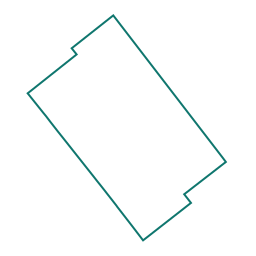 Worth, Missouri, United States of America (Albers equal-area conic projection), rotated 232°
{"feature_id": "52423323B70407326192620", "entity_name": "Worth", "entity_type": "district", "adm_level": 2, "iso_a3": "USA", "parent_name": "United States of America", "parent_adm1": "Missouri", "projection": "albers", "projection_center": [-94.445, 40.478], "detail": "fine", "context": "isolated", "style": "outline", "palette": "teal", "viewbox_px": 256, "rotation_deg": 232, "n_neighbors": 0, "source": "geoboundaries", "source_scale": "gbopen_adm2", "svg_char_len": 457}
<svg xmlns="http://www.w3.org/2000/svg" viewBox="0 0 256 256"><g transform="rotate(232 128 128)"><path d="M30.2,70.7L30.2,131.5L41.2,131.5L41.0,184.2L45.7,184.3L225.8,185.7L225.5,132.7L217.6,132.8L217.1,70.3L191.4,70.6L187.9,70.7L180.4,70.6L173.9,70.6L168.4,70.6L158.2,70.7L124.8,70.9L110.6,71.0L105.7,71.0L105.4,71.0L97.0,71.1L76.1,71.1L74.6,71.1L74.0,71.1L72.4,71.0L72.2,71.0L48.0,70.9L30.2,70.7Z" fill="none" stroke="#0f766e" stroke-width="2"/></g></svg>